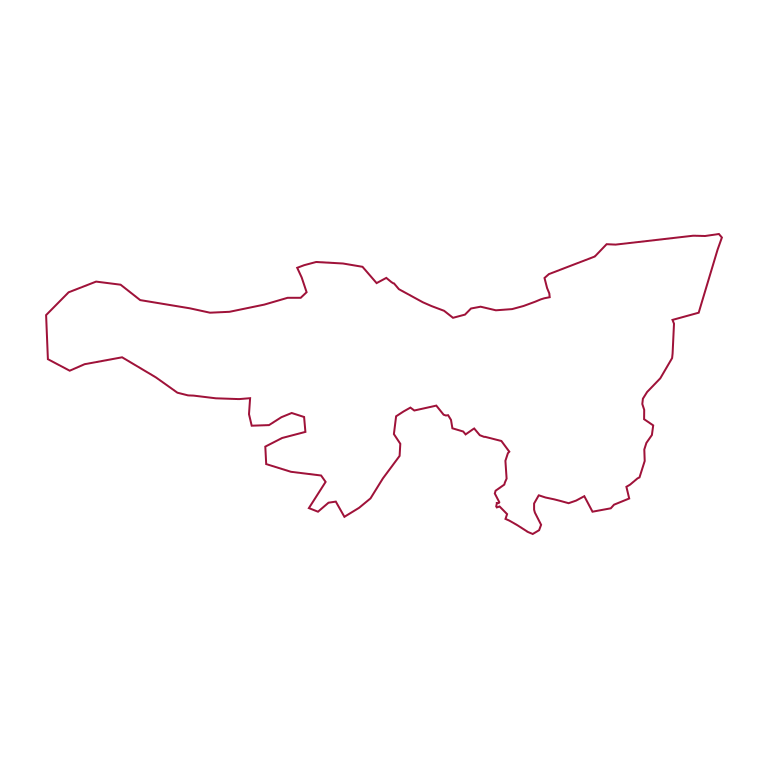 Itesiwaju, Oyo, Nigeria
{"feature_id": "59680162B74485110483501", "entity_name": "Itesiwaju", "entity_type": "district", "adm_level": 2, "iso_a3": "NGA", "parent_name": "Nigeria", "parent_adm1": "Oyo", "projection": "orthographic", "projection_center": [3.357, 8.23], "detail": "fine", "context": "isolated", "style": "outline", "palette": "rose", "viewbox_px": 768, "rotation_deg": 0, "n_neighbors": 0, "source": "geoboundaries", "source_scale": "gbopen_adm2", "svg_char_len": 2125}
<svg xmlns="http://www.w3.org/2000/svg" viewBox="0 0 768 768"><path d="M344.4,516.8L359.1,507.8L370.5,498.4L382.9,478.4L399.6,455.9L400.3,443.8L393.9,434.1L396.1,416.3L403.5,411.5L410.4,407.6L414.3,410.5L432.4,406.5L436.3,405.6L443.6,414.7L445.9,415.5L448.1,415.2L451.0,419.9L452.4,428.3L463.2,431.5L465.6,434.4L472.9,429.3L474.2,428.5L479.8,435.2L484.2,436.9L485.0,436.8L501.4,441.0L509.3,451.7L507.9,453.2L505.4,460.8L506.6,478.6L504.9,482.5L504.3,484.6L495.6,490.7L494.8,493.5L499.3,502.2L498.7,503.1L496.8,503.0L496.8,503.7L496.2,506.4L496.8,507.4L499.6,506.5L507.1,514.1L505.5,518.9L509.3,520.6L517.0,525.0L527.2,531.5L527.3,531.7L532.7,534.0L539.1,530.2L541.1,524.8L534.9,512.6L534.1,509.7L534.1,503.5L538.7,495.4L538.8,495.3L545.5,497.5L554.0,499.3L560.3,500.9L568.6,503.2L576.1,500.6L584.3,496.2L592.5,511.7L610.8,508.3L614.0,504.7L629.2,498.5L626.4,486.8L630.0,484.7L637.5,478.4L639.5,477.4L644.7,461.0L644.3,449.5L646.4,442.9L651.9,435.0L653.2,425.4L644.1,419.2L644.2,409.8L642.3,404.0L642.9,398.7L647.1,392.0L660.3,378.3L672.1,358.1L672.6,353.5L674.0,323.7L672.5,319.9L698.7,312.7L701.7,302.6L717.6,249.6L721.9,237.5L718.9,234.0L705.1,236.0L693.3,235.7L615.6,244.6L606.6,244.2L595.3,256.0L595.0,256.1L594.8,256.5L548.9,274.1L544.5,278.0L547.1,288.1L549.3,293.4L549.7,297.2L544.2,298.3L540.7,299.4L535.2,301.7L523.5,306.0L512.1,309.1L495.9,310.3L480.6,306.7L471.0,308.5L465.0,314.6L453.0,317.8L444.1,310.8L431.6,306.1L422.9,302.3L398.9,289.2L394.0,283.4L393.3,283.3L391.4,282.1L386.3,277.9L376.6,283.1L362.5,266.8L343.0,263.5L316.1,262.0L304.1,265.2L297.2,267.8L301.7,277.5L306.6,292.2L300.7,297.8L287.6,297.8L264.3,304.6L229.5,311.8L210.0,312.7L189.8,308.3L140.2,300.1L120.6,284.7L96.1,281.6L68.6,292.3L46.1,315.1L47.9,359.2L69.7,370.7L84.6,364.2L122.1,357.3L155.9,377.4L177.4,392.7L188.1,395.4L193.5,395.6L215.8,398.3L239.1,399.1L250.1,398.2L249.0,414.2L251.7,425.7L269.0,425.1L281.4,417.2L291.7,413.0L304.1,417.0L305.4,431.9L282.1,438.0L265.3,446.6L266.2,464.1L291.0,471.8L321.1,475.5L325.6,481.9L308.9,508.1L318.0,511.7L328.5,502.7L335.8,501.6L344.4,516.8Z" fill="none" stroke="#9f1239" stroke-width="2"/></svg>